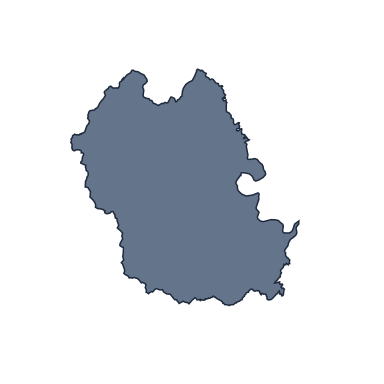 the district of Qhoasing, Mohale's Hoek, Lesotho, rotated 301°
{"feature_id": "5366337B8464119840521", "entity_name": "Qhoasing", "entity_type": "district", "adm_level": 2, "iso_a3": "LSO", "parent_name": "Lesotho", "parent_adm1": "Mohale's Hoek", "projection": "mercator", "projection_center": [27.882, -30.022], "detail": "fine", "context": "isolated", "style": "filled", "palette": "slate", "viewbox_px": 384, "rotation_deg": 301, "n_neighbors": 0, "source": "geoboundaries", "source_scale": "gbopen_adm2", "svg_char_len": 6029}
<svg xmlns="http://www.w3.org/2000/svg" viewBox="0 0 384 384"><g transform="rotate(301 192 192)"><path d="M222.2,298.5L217.3,296.5L210.7,298.0L208.0,297.2L206.7,296.1L204.3,291.9L204.4,291.0L205.3,289.7L209.8,287.8L211.0,286.6L211.6,282.3L212.1,280.9L211.3,278.3L209.1,274.1L203.3,268.4L202.3,265.5L203.0,262.1L204.2,260.9L209.3,259.8L210.5,256.0L211.8,254.9L219.8,253.2L222.8,251.3L224.8,250.6L225.2,249.9L225.2,249.0L220.6,245.5L216.5,240.6L215.9,236.7L216.0,234.5L216.9,230.9L218.5,229.1L220.6,227.7L222.1,224.9L224.7,224.4L231.0,224.9L231.3,225.5L233.3,224.4L234.0,224.5L235.8,227.9L237.1,232.0L236.5,235.5L234.2,239.1L234.2,241.0L236.4,242.9L240.7,245.3L244.2,246.1L245.6,245.7L246.5,244.7L247.4,243.6L247.9,242.0L250.6,239.7L251.8,237.8L252.1,234.9L253.5,231.1L253.0,228.6L251.0,226.5L248.9,223.4L249.1,222.2L252.5,220.9L259.1,215.0L261.2,214.5L261.7,212.7L261.6,211.7L263.7,212.3L265.1,213.9L266.3,214.2L266.0,212.6L266.8,211.4L266.7,210.4L264.5,209.0L264.7,208.4L267.4,209.6L267.7,208.4L268.2,207.8L267.4,204.7L269.8,202.9L271.3,202.5L271.8,201.9L270.8,200.9L268.5,200.5L267.6,198.9L267.7,198.5L268.6,198.0L269.7,198.1L270.8,199.5L271.5,199.4L273.0,198.9L273.4,197.6L275.7,196.9L275.2,195.9L272.1,194.6L271.7,193.7L272.4,192.1L274.8,190.7L276.0,189.1L275.6,188.2L275.8,187.1L277.5,186.4L277.9,185.8L278.9,182.9L278.6,180.4L278.9,179.8L285.7,175.7L286.6,175.9L287.0,174.6L288.3,173.8L286.8,172.8L286.5,172.1L287.4,170.1L288.7,170.2L288.6,171.4L289.3,172.2L290.0,171.9L289.9,170.7L292.4,170.8L293.2,168.0L295.2,166.9L296.2,164.1L297.3,163.5L298.3,163.9L298.5,163.6L298.5,162.6L297.2,161.7L296.8,160.9L297.2,160.0L298.5,158.8L297.7,156.4L299.3,152.4L299.1,150.8L297.8,150.0L297.5,149.4L298.3,147.7L298.1,144.5L298.8,143.5L301.0,143.1L300.7,140.9L301.6,138.3L300.9,137.0L300.3,137.1L300.2,136.8L300.4,134.4L300.0,133.4L298.5,133.3L297.7,133.8L292.4,134.6L287.6,134.8L284.4,132.7L281.0,131.3L276.7,131.2L273.9,131.8L268.8,134.0L267.7,133.3L266.0,133.4L263.9,132.7L263.5,132.1L262.2,132.3L261.2,132.0L261.0,131.4L263.2,128.8L262.9,125.7L262.5,125.0L256.3,125.3L255.4,124.7L254.9,122.7L252.8,121.8L252.6,120.6L248.8,118.5L248.7,115.6L248.2,113.0L249.7,110.5L249.0,108.6L249.8,107.2L248.8,104.4L248.5,101.7L249.5,100.4L254.1,98.4L255.3,97.4L256.2,95.9L257.5,95.4L258.9,95.2L260.8,96.2L263.8,96.6L265.4,95.1L267.6,90.6L267.2,87.5L267.3,84.0L266.0,80.7L266.1,78.9L265.4,77.8L262.5,77.9L259.0,76.0L253.2,75.1L254.1,74.4L251.6,74.1L250.7,74.4L249.0,73.5L248.1,73.6L245.6,75.2L243.3,75.3L240.4,70.7L240.9,68.0L240.4,67.4L239.4,66.8L237.3,66.9L236.9,66.5L233.2,65.3L232.3,65.4L230.1,68.1L225.1,67.9L224.5,67.5L220.3,67.1L216.9,67.6L214.6,67.1L213.7,66.3L211.5,65.9L211.0,64.7L209.1,62.7L207.5,62.4L204.0,63.3L203.1,64.3L201.5,64.5L200.1,67.6L197.3,68.3L194.5,67.8L188.2,69.1L186.3,68.2L186.0,67.6L185.3,67.2L184.7,67.4L184.2,67.1L184.3,66.2L182.9,66.0L182.4,65.5L182.3,64.6L181.2,62.9L181.1,61.6L178.6,60.7L176.8,61.4L175.3,61.0L174.2,62.1L172.0,62.7L171.4,64.3L169.0,65.9L167.9,66.2L167.5,67.2L166.5,67.8L166.6,69.7L167.1,70.4L168.0,70.4L168.6,71.2L169.8,73.1L170.2,75.0L170.0,76.0L168.5,76.9L169.3,78.4L168.7,79.7L165.0,80.3L162.2,81.7L160.7,81.2L159.5,81.7L160.1,87.3L158.2,88.0L157.4,89.3L156.2,89.8L155.5,92.6L155.0,93.1L152.6,94.5L151.3,94.3L150.1,94.4L149.3,95.0L146.4,95.2L141.3,97.9L141.8,98.9L142.1,101.2L140.9,102.8L140.1,104.7L135.1,107.2L134.3,110.8L132.9,114.3L130.8,116.5L129.2,117.0L129.2,119.6L130.8,123.3L131.2,125.3L130.7,126.5L131.0,127.3L129.9,127.5L129.3,128.0L129.3,129.9L131.4,132.4L133.7,133.1L134.5,134.3L134.4,134.9L133.5,135.8L132.9,137.6L131.7,138.3L130.2,139.8L130.7,141.1L128.3,143.1L126.3,145.7L124.9,146.6L123.0,146.4L122.6,146.7L121.9,151.1L120.8,153.9L118.2,154.4L116.3,156.6L110.9,156.9L109.1,157.6L108.7,159.7L109.1,161.6L108.3,162.3L102.7,165.3L101.2,165.7L98.7,168.4L95.0,167.8L94.5,169.6L90.6,174.3L89.7,175.0L87.2,175.4L86.9,176.7L87.0,180.7L86.0,182.5L86.9,183.2L87.3,185.1L88.8,186.2L89.7,189.5L89.4,191.7L88.0,195.4L89.1,196.1L89.2,199.8L88.7,200.4L85.9,201.2L84.7,203.2L82.4,204.4L82.7,205.6L82.4,207.0L85.5,208.2L86.0,209.8L89.1,210.3L90.3,210.9L91.2,211.9L91.2,213.6L91.7,215.2L93.1,217.1L91.7,218.9L91.6,222.7L93.1,226.1L90.8,232.5L91.7,234.7L90.8,235.6L90.7,236.9L89.8,238.3L93.8,240.7L94.0,243.0L94.9,245.3L94.6,247.0L99.6,247.9L103.0,249.1L103.0,250.0L102.1,251.9L103.8,254.1L103.8,254.6L103.2,254.8L103.2,255.2L104.0,255.5L104.4,255.1L105.1,257.6L106.4,258.7L106.7,258.3L107.4,258.5L107.4,259.2L108.2,259.6L108.5,260.4L109.6,260.9L109.6,261.3L110.4,262.2L111.1,262.3L112.0,263.4L113.8,264.0L113.5,265.5L113.9,266.0L113.4,267.8L113.7,273.1L113.5,274.5L112.5,275.8L112.9,276.6L112.3,278.0L113.6,280.6L113.7,282.0L114.3,282.8L115.0,282.9L116.8,285.5L119.5,286.4L119.8,287.2L121.0,287.3L122.9,289.0L124.8,289.5L125.4,290.4L127.1,289.8L129.8,290.6L130.4,290.1L131.8,290.6L133.4,290.6L134.4,291.0L135.1,292.0L136.8,291.7L139.0,292.5L139.8,294.1L139.3,294.7L139.1,296.3L139.6,297.3L141.1,298.5L141.1,299.3L141.8,300.0L141.8,300.7L140.9,301.5L140.5,302.6L140.0,302.8L139.5,304.1L140.9,304.0L141.3,304.5L141.1,305.8L142.2,307.2L142.4,308.1L141.1,309.3L141.0,310.1L138.9,311.4L138.7,311.9L139.0,313.4L140.5,315.1L142.1,315.8L148.1,317.0L148.9,317.6L150.7,317.4L152.1,317.9L151.0,318.7L150.9,319.1L149.7,319.6L150.4,321.3L149.2,322.2L149.7,323.1L150.7,323.3L155.1,321.4L156.3,321.3L156.7,319.8L155.6,318.9L156.1,318.5L156.3,317.3L156.8,317.6L157.6,317.1L158.3,317.6L159.3,317.4L159.6,316.9L158.8,315.5L158.2,315.2L158.4,314.3L160.1,313.4L157.2,310.7L156.5,309.6L158.5,309.8L160.1,310.5L162.7,310.6L164.8,311.4L165.6,310.6L168.9,310.2L169.1,309.3L170.5,308.2L174.7,309.0L177.2,308.1L177.1,309.0L177.9,309.8L178.4,309.4L179.3,309.5L179.2,311.7L179.7,311.3L180.9,312.7L182.2,311.4L183.8,311.0L184.3,310.4L184.3,309.1L184.8,308.5L184.8,307.4L185.7,304.9L188.1,303.6L188.2,302.8L188.8,301.9L190.3,301.4L195.2,301.9L198.5,300.9L202.0,300.8L206.5,302.7L208.3,303.2L210.4,303.1L211.6,302.5L214.6,299.8L215.9,299.5L219.5,300.0L222.2,298.5Z" fill="#64748b" stroke="#1e293b" stroke-width="1.5"/></g></svg>